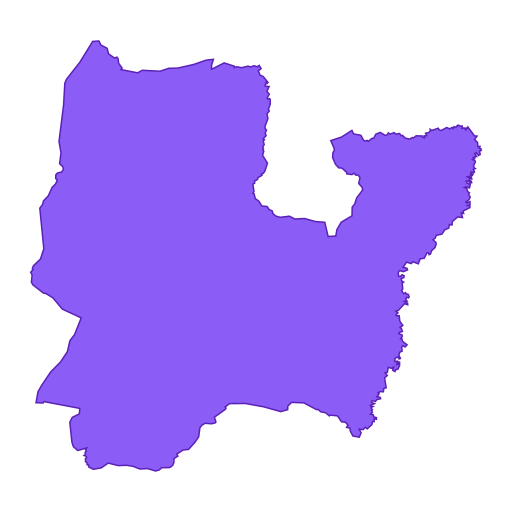 Thung Fon, Udon Thani, Thailand (Mercator projection)
{"feature_id": "78962969B54010161704756", "entity_name": "Thung Fon", "entity_type": "district", "adm_level": 2, "iso_a3": "THA", "parent_name": "Thailand", "parent_adm1": "Udon Thani", "projection": "mercator", "projection_center": [103.239, 17.504], "detail": "fine", "context": "isolated", "style": "filled", "palette": "violet", "viewbox_px": 512, "rotation_deg": 0, "n_neighbors": 0, "source": "geoboundaries", "source_scale": "gbopen_adm2", "svg_char_len": 6011}
<svg xmlns="http://www.w3.org/2000/svg" viewBox="0 0 512 512"><path d="M92.7,41.4L79.8,62.3L66.5,79.2L64.8,83.2L63.6,104.9L59.0,141.5L61.0,152.9L59.6,163.7L62.8,166.7L63.4,169.4L61.6,172.0L57.4,173.0L55.8,174.9L55.7,178.5L57.3,180.3L55.4,184.2L52.1,187.4L48.3,195.8L43.4,201.0L42.6,204.5L39.8,208.2L43.8,248.8L40.5,259.0L33.3,265.9L32.3,268.7L33.0,269.5L30.7,272.3L32.1,275.0L31.4,282.2L33.0,285.0L43.6,293.2L45.9,293.5L52.9,297.8L62.3,309.1L81.2,317.9L74.6,334.5L69.9,340.7L67.4,351.6L60.5,362.0L50.7,371.9L42.0,384.8L38.0,391.7L36.0,402.7L43.1,403.0L44.0,401.6L79.8,408.4L79.3,413.9L72.2,417.4L69.8,422.4L71.9,442.1L73.4,446.7L77.7,450.5L86.6,448.0L85.5,449.4L86.3,451.2L85.2,452.2L85.1,454.9L84.1,455.5L86.1,456.3L86.7,457.7L85.4,458.7L85.5,461.7L86.9,462.5L87.1,464.7L88.3,464.7L88.9,467.1L93.3,469.3L101.3,467.9L108.2,463.1L118.3,465.6L126.5,465.3L133.0,466.3L139.8,469.0L147.5,468.6L155.7,471.0L159.4,469.9L161.6,467.7L169.6,467.6L172.6,465.5L174.0,462.3L173.9,458.6L177.9,456.1L176.8,454.1L183.1,450.0L188.6,449.4L195.2,442.0L198.7,436.8L199.9,427.8L201.7,425.4L205.0,423.3L211.6,423.8L215.4,422.8L215.9,421.9L214.4,417.2L225.4,409.3L226.0,408.1L225.1,407.0L229.7,403.6L245.3,403.5L263.6,406.8L280.7,411.6L287.7,409.7L287.7,406.3L291.5,402.4L303.9,402.9L316.5,409.6L318.2,409.5L320.7,411.8L325.5,412.7L329.3,415.9L330.2,415.1L337.5,415.9L341.5,421.8L345.4,422.2L348.0,425.1L346.6,427.4L350.1,428.2L350.2,430.9L352.9,436.0L359.3,437.2L361.1,432.7L359.1,429.2L363.1,429.6L365.3,427.2L367.2,428.9L371.9,424.6L372.6,421.6L374.2,421.6L374.1,418.8L376.4,419.3L376.4,417.6L374.0,417.0L373.2,414.7L370.5,414.2L372.4,412.3L371.4,410.6L372.5,409.8L371.0,407.8L373.0,406.5L370.7,406.2L370.3,405.3L374.4,403.7L371.7,402.5L371.6,401.4L372.7,400.6L375.3,401.6L376.7,399.7L380.6,398.7L380.1,397.3L376.9,396.7L379.1,394.0L378.0,392.7L380.5,391.6L383.4,391.8L383.8,388.5L386.2,387.8L384.6,377.9L387.3,375.5L385.1,372.8L387.3,372.3L388.3,367.4L391.7,368.3L393.6,367.1L392.7,370.3L394.9,371.6L395.7,369.8L398.0,369.1L399.6,365.4L399.6,362.1L398.4,362.0L398.0,364.3L396.7,364.5L397.4,361.2L394.8,361.5L395.0,358.3L398.0,357.0L399.1,359.0L400.4,358.5L398.8,354.9L399.9,352.1L402.1,351.2L401.7,347.0L403.1,345.7L405.1,347.0L407.1,344.8L402.5,341.3L401.9,338.8L400.6,338.7L402.3,336.3L402.1,334.9L398.8,333.7L399.2,332.5L402.4,331.5L401.4,328.5L400.0,327.5L402.8,325.5L399.8,321.2L399.2,315.7L396.4,315.8L396.1,314.7L397.9,312.9L395.8,311.2L398.3,310.4L404.5,303.7L407.7,304.8L407.6,303.2L404.5,301.5L407.1,301.1L405.8,299.5L406.5,297.3L408.4,297.9L409.2,296.9L408.2,294.3L406.5,294.1L405.6,292.7L403.7,293.7L401.6,290.7L402.8,288.8L402.1,282.9L403.6,282.1L401.7,280.9L401.2,278.5L403.9,277.6L404.1,275.7L402.0,274.7L400.4,276.5L398.6,276.2L398.3,272.3L399.6,270.6L403.4,271.7L407.5,269.9L407.0,268.3L403.1,267.3L406.6,262.1L411.2,263.6L412.9,261.8L418.3,263.8L420.2,258.8L424.2,258.3L427.0,252.8L428.4,252.7L429.1,254.7L430.5,254.0L431.6,250.7L435.0,247.6L436.2,244.1L435.9,242.4L433.0,239.8L435.3,238.0L436.2,235.4L441.9,234.1L445.0,229.6L448.7,228.2L449.4,224.6L452.0,225.0L452.3,221.6L457.7,216.9L462.5,217.6L461.3,212.8L463.6,213.5L463.2,211.0L469.9,207.6L469.9,205.9L467.8,205.5L470.0,204.6L470.0,201.7L466.6,202.9L465.8,201.9L468.7,200.0L470.2,197.2L468.6,194.1L469.4,192.7L467.7,191.7L466.8,188.5L464.6,187.5L467.1,186.8L469.2,188.0L469.8,187.0L470.2,184.5L466.9,182.9L466.4,180.9L468.6,181.2L470.4,183.1L471.7,182.7L471.3,181.2L469.4,180.5L469.3,177.6L467.4,176.9L469.2,176.3L470.6,178.9L471.8,179.0L470.7,174.9L472.3,175.5L472.9,174.3L470.9,173.7L471.0,171.9L473.7,172.8L474.5,171.8L473.3,169.5L475.3,168.5L473.9,167.7L473.7,165.2L475.4,162.0L474.9,160.4L472.5,159.7L473.8,158.9L473.3,157.6L474.8,158.1L474.9,156.5L476.6,156.5L474.7,153.5L476.1,152.6L478.5,155.5L480.2,154.5L479.5,151.2L481.3,150.4L480.9,148.7L479.4,148.3L480.0,146.4L477.8,146.6L477.6,142.5L474.6,139.5L477.0,136.1L474.5,135.9L467.9,127.0L467.5,128.3L466.1,127.9L465.8,129.8L464.1,127.9L461.9,128.3L462.2,126.0L459.4,126.1L458.8,125.2L457.5,125.3L455.9,127.4L454.0,126.6L453.2,128.6L452.0,127.4L449.7,128.9L446.8,127.5L441.3,130.4L439.4,130.1L438.2,128.2L431.7,130.5L430.2,129.3L430.2,131.0L428.7,132.6L425.6,133.2L426.7,135.7L424.5,135.9L424.5,137.8L422.6,137.1L422.7,136.0L416.1,135.8L413.4,138.0L412.4,137.5L409.6,139.1L405.3,138.1L402.5,135.4L401.1,135.7L399.6,133.5L395.6,134.1L394.1,132.6L390.1,134.1L388.3,132.9L387.1,134.9L385.2,135.4L380.2,132.4L375.8,134.2L373.7,138.2L371.9,138.4L368.2,141.4L367.1,140.4L365.0,141.1L363.6,140.3L360.9,135.3L353.6,133.9L351.9,130.4L341.6,137.0L330.8,140.6L334.0,148.1L334.4,150.4L333.0,152.3L332.6,157.5L335.5,164.3L338.8,167.9L341.4,168.0L343.3,169.3L346.5,172.2L346.9,173.9L352.0,174.6L353.9,173.1L355.9,175.2L358.1,175.0L360.0,177.7L358.7,183.5L362.0,187.2L362.7,189.9L356.6,198.0L354.8,203.8L352.2,207.1L352.0,215.8L341.2,222.2L336.9,229.6L335.8,236.0L328.1,236.5L324.8,222.3L315.3,221.5L304.5,218.5L294.9,219.0L289.4,216.2L280.1,217.3L275.9,216.1L272.9,213.6L272.3,211.0L269.1,209.5L267.2,206.5L261.8,206.0L259.0,201.3L255.3,198.6L254.1,193.8L253.0,193.3L254.0,191.3L252.8,184.1L254.6,183.3L254.6,181.1L257.6,179.4L257.9,177.7L261.9,175.4L261.4,174.1L263.1,173.5L264.8,171.3L267.5,163.2L262.6,155.3L263.8,151.1L262.8,149.8L263.5,148.7L262.7,146.5L264.2,144.8L263.2,140.8L264.4,139.8L263.2,138.9L266.1,135.6L265.2,133.0L266.5,130.0L265.1,128.5L265.0,126.4L267.9,118.6L267.0,113.8L269.3,111.0L268.4,109.3L270.2,104.3L270.2,99.4L269.7,98.7L267.6,99.0L267.3,97.7L269.3,94.1L266.9,91.6L269.1,86.5L265.4,86.3L265.1,85.4L265.4,84.1L267.1,83.5L266.1,82.3L267.8,82.2L263.3,76.6L260.0,75.0L258.3,70.9L261.1,68.6L259.2,65.4L257.0,66.8L254.2,65.7L250.3,67.0L248.1,66.1L241.6,67.7L236.6,66.7L234.4,67.6L234.3,66.2L224.2,62.9L211.7,69.2L211.5,65.5L213.4,59.3L205.9,60.2L193.9,64.4L177.6,68.1L168.8,68.3L160.0,71.2L142.4,70.3L137.5,72.8L121.0,69.6L122.1,68.0L118.6,63.2L118.2,59.0L116.9,57.1L114.6,58.1L108.6,53.9L107.1,48.3L101.0,45.1L98.9,41.0L92.7,41.4Z" fill="#8b5cf6" stroke="#5b21b6" stroke-width="1.5"/></svg>